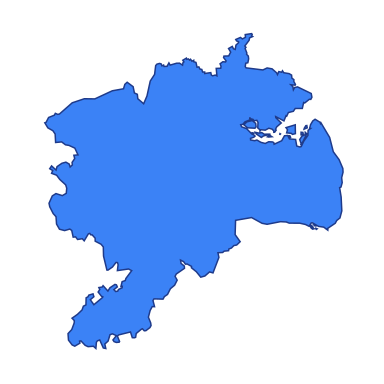 the district of Port Loko, Northern, Sierra Leone, rotated 183°
{"feature_id": "65957751B90762568654783", "entity_name": "Port Loko", "entity_type": "district", "adm_level": 2, "iso_a3": "SLE", "parent_name": "Sierra Leone", "parent_adm1": "Northern", "projection": "albers", "projection_center": [-12.858, 8.766], "detail": "fine", "context": "isolated", "style": "filled", "palette": "blue", "viewbox_px": 384, "rotation_deg": 183, "n_neighbors": 0, "source": "geoboundaries", "source_scale": "gbopen_adm2", "svg_char_len": 5976}
<svg xmlns="http://www.w3.org/2000/svg" viewBox="0 0 384 384"><g transform="rotate(183 192 192)"><path d="M296.0,35.2L296.5,37.2L295.1,37.5L290.7,33.3L287.7,32.1L282.4,32.8L279.8,30.7L279.6,37.0L278.7,38.4L276.4,39.4L272.4,31.6L269.9,31.2L271.1,35.6L268.0,38.7L266.4,45.2L264.1,46.2L260.0,44.6L263.2,40.1L262.0,38.5L259.7,37.8L256.9,38.2L256.5,38.9L259.0,44.3L257.6,45.5L246.1,49.0L244.0,43.4L241.9,43.4L240.7,43.9L240.3,47.8L235.4,52.3L234.3,52.8L232.4,50.9L230.8,51.1L226.9,54.4L225.9,56.5L226.4,59.1L229.0,64.7L227.6,71.5L225.7,75.5L223.4,75.5L225.3,81.6L224.3,83.3L215.3,83.5L214.1,86.1L211.1,88.4L208.5,94.3L204.5,98.0L202.2,103.2L204.5,106.9L203.4,109.3L195.5,115.4L195.8,117.7L199.2,120.1L199.9,123.4L196.7,122.0L194.8,119.6L193.0,119.8L188.6,117.7L188.6,116.3L183.5,112.6L178.8,107.4L174.7,108.8L170.3,113.1L166.8,112.3L161.7,128.1L162.9,132.7L158.2,133.2L156.8,134.6L152.4,135.3L152.2,137.0L149.7,138.1L147.4,140.7L144.6,141.4L141.3,144.9L146.7,151.7L147.0,166.0L131.2,169.6L120.4,164.4L115.3,163.7L102.1,167.0L96.3,167.0L93.3,166.0L82.8,166.5L77.0,165.5L73.3,163.9L71.3,167.4L70.1,167.5L63.9,164.3L58.6,163.8L54.4,161.0L54.4,162.4L55.1,162.4L47.3,168.3L46.0,171.1L42.9,173.8L41.4,181.0L42.8,194.8L44.8,204.1L43.5,204.7L42.5,209.2L43.3,214.1L42.2,219.7L42.6,223.4L46.8,232.0L53.0,239.6L57.4,253.7L66.9,267.9L67.3,267.1L67.9,268.4L72.9,271.1L75.1,269.3L77.1,265.5L77.9,261.6L77.0,261.6L79.3,259.7L79.2,254.6L83.1,248.5L85.3,243.1L86.6,242.6L89.8,243.4L91.3,249.9L97.5,250.1L99.4,253.5L102.6,253.0L105.1,247.9L112.5,244.0L112.9,245.6L114.1,246.2L118.0,246.2L121.4,244.3L125.8,245.2L129.9,247.3L132.1,246.5L136.2,247.0L136.4,248.6L133.2,249.9L132.0,251.0L132.4,251.8L135.3,253.1L140.8,258.1L145.9,259.7L146.9,261.8L144.9,262.2L142.7,264.9L137.0,267.5L138.2,268.4L138.2,269.6L137.6,268.3L134.8,267.7L133.7,266.4L131.0,267.0L129.7,264.9L129.7,259.5L127.4,257.6L127.3,256.4L126.5,257.8L122.1,257.6L118.6,259.7L115.4,259.0L113.5,257.3L113.4,255.9L112.6,256.0L111.2,258.2L111.9,259.0L110.8,261.5L106.5,265.6L112.2,270.6L112.4,271.7L103.9,267.8L102.1,273.1L101.4,272.7L99.9,276.4L95.0,277.9L93.3,280.8L86.2,281.2L85.2,287.2L84.1,286.8L79.7,290.7L78.2,290.7L77.2,292.9L78.1,296.6L92.1,302.5L95.0,301.7L96.1,299.4L96.8,302.5L98.9,304.3L94.6,304.1L94.3,304.8L96.1,307.7L96.1,309.5L98.2,311.0L98.7,314.0L101.2,315.3L106.6,315.9L108.0,317.8L108.7,316.3L111.6,316.8L112.8,313.7L113.7,315.4L118.5,319.2L123.5,319.8L127.6,317.6L144.5,318.8L145.4,320.0L145.1,323.4L143.0,324.0L142.4,327.9L142.9,330.7L144.7,332.4L144.5,333.7L146.5,338.2L145.7,339.3L146.9,340.6L142.9,346.5L142.6,348.9L139.6,350.4L140.7,351.0L140.1,352.3L140.7,353.3L147.1,352.0L146.7,349.3L149.7,347.5L151.7,348.9L156.3,346.6L155.4,345.2L153.4,344.6L153.3,343.6L155.8,341.0L156.3,336.6L158.1,337.2L159.4,339.5L163.0,337.2L160.7,333.7L162.5,329.8L167.2,329.4L167.5,327.9L164.8,324.7L165.3,323.6L168.0,323.7L170.7,321.5L169.6,319.1L169.8,317.1L174.3,316.7L173.2,309.3L174.9,310.0L177.5,309.1L178.8,309.8L179.5,312.2L185.5,311.0L185.6,312.5L187.7,312.4L188.6,314.9L190.5,315.2L191.7,317.3L193.5,316.9L194.8,321.6L197.1,322.2L197.2,323.6L198.9,322.6L200.4,324.5L201.3,323.6L202.6,324.7L204.1,324.2L204.6,325.4L208.1,323.1L206.9,321.5L207.8,320.6L208.1,318.2L211.2,320.0L214.1,319.8L220.5,317.6L221.8,319.7L223.5,316.2L226.5,315.9L227.0,317.3L228.6,316.4L229.6,318.4L231.2,318.7L233.8,317.8L234.9,316.3L235.5,307.5L239.5,300.6L242.0,285.5L244.9,277.6L251.0,282.3L251.7,286.7L254.7,287.9L256.3,294.1L262.5,298.2L264.7,296.0L265.8,291.5L276.9,288.9L293.9,279.9L304.4,279.5L316.3,274.8L328.5,262.9L330.2,262.5L332.6,263.4L333.5,261.5L339.1,258.9L341.4,253.9L342.6,253.4L339.3,248.5L334.1,245.9L331.7,242.7L330.8,234.3L324.8,235.2L320.8,232.5L317.3,232.1L311.3,229.7L307.8,223.1L311.9,222.5L310.9,219.2L313.3,215.3L312.9,212.8L315.0,210.6L316.1,213.5L319.5,215.2L323.4,213.9L328.1,210.3L328.9,206.8L333.6,210.7L335.3,207.8L332.2,206.1L333.2,203.3L328.1,201.7L324.7,197.6L318.5,192.5L317.3,189.2L317.5,184.1L321.3,181.6L327.8,183.3L331.3,180.8L334.2,173.3L333.3,169.8L329.5,163.2L326.5,160.2L325.6,152.9L322.4,147.9L317.2,146.8L312.1,148.6L310.1,147.3L308.3,140.7L305.9,141.1L303.8,138.6L299.1,139.6L297.1,137.6L293.3,144.8L291.9,145.3L290.8,143.9L289.5,144.0L286.3,140.8L286.1,137.8L280.1,135.1L277.7,132.5L277.0,123.4L272.9,109.6L271.8,109.6L267.5,112.9L264.2,117.7L262.7,117.6L262.0,115.5L262.4,109.6L251.3,111.8L248.1,110.3L253.5,102.2L254.0,100.1L257.1,98.8L258.0,94.0L256.7,94.2L256.8,92.7L260.3,90.8L261.0,89.1L263.0,88.6L264.9,90.4L261.6,93.3L262.6,95.3L264.1,95.7L268.9,92.1L270.8,88.7L275.9,93.8L276.7,92.4L280.0,91.7L279.0,89.8L280.5,87.2L276.9,83.1L275.6,82.7L275.8,82.0L284.1,74.3L287.9,79.1L284.5,82.3L285.5,85.1L289.7,83.6L290.3,82.0L292.2,80.8L292.0,73.7L294.5,72.3L295.6,68.5L300.0,63.8L305.2,59.7L302.8,57.4L302.8,55.0L304.9,48.3L308.4,44.1L307.6,37.6L303.7,33.0L301.0,31.9L296.0,35.2ZM139.9,259.0L132.5,259.0L131.4,260.4L132.0,263.9L135.6,266.5L140.9,264.9L143.7,261.8L139.9,259.0ZM96.0,255.8L94.7,254.8L91.8,255.7L92.4,264.5L101.5,261.2L99.9,259.2L100.6,256.0L96.0,255.8ZM130.8,253.3L125.6,250.1L123.6,251.7L116.6,253.9L122.9,253.5L125.5,255.0L128.1,254.3L131.9,254.9L130.8,253.3ZM87.2,250.0L85.8,246.6L84.4,246.9L80.5,255.9L85.1,253.6L87.2,250.0ZM86.2,257.4L86.1,254.9L83.9,255.5L84.4,257.3L86.2,257.4ZM81.8,264.2L83.2,261.6L83.4,260.6L80.3,262.1L80.8,264.4L81.8,264.2ZM119.5,251.1L118.3,250.9L115.1,251.4L117.5,252.8L119.5,251.1ZM69.6,161.2L68.1,161.7L71.7,163.2L71.1,162.2L69.6,161.2ZM98.4,253.2L97.3,251.2L96.4,251.8L97.3,253.4L98.4,253.2ZM72.4,164.2L71.7,163.6L69.2,162.7L70.6,164.3L72.4,164.2ZM135.7,254.5L134.1,253.2L133.2,254.0L135.7,254.5ZM80.9,256.5L82.0,257.5L82.0,256.0L80.9,256.5ZM65.9,161.2L65.1,161.8L66.4,162.3L66.4,162.0L65.9,161.2ZM106.7,254.6L107.2,254.9L107.5,253.7L106.7,254.6ZM72.0,165.4L72.2,164.7L70.9,164.7L72.0,165.4ZM85.0,245.8L85.8,245.2L85.5,244.7L85.0,245.8ZM68.2,165.2L67.5,164.6L67.0,164.6L67.4,165.1L68.2,165.2Z" fill="#3b82f6" stroke="#1e3a8a" stroke-width="1.5"/></g></svg>